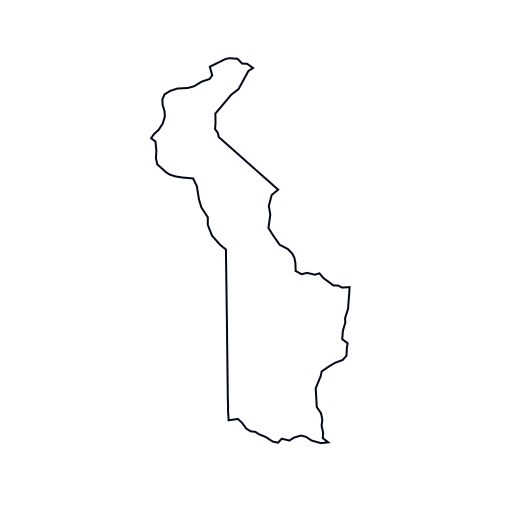 Tuparetama, Pernambuco, Brazil (Mercator projection), rotated 218°
{"feature_id": "56859067B75431744769598", "entity_name": "Tuparetama", "entity_type": "district", "adm_level": 2, "iso_a3": "BRA", "parent_name": "Brazil", "parent_adm1": "Pernambuco", "projection": "mercator", "projection_center": [-37.256, -7.697], "detail": "fine", "context": "isolated", "style": "outline", "palette": "ink", "viewbox_px": 512, "rotation_deg": 218, "n_neighbors": 0, "source": "geoboundaries", "source_scale": "gbopen_adm2", "svg_char_len": 1528}
<svg xmlns="http://www.w3.org/2000/svg" viewBox="0 0 512 512"><g transform="rotate(218 256 256)"><path d="M408.9,376.7L401.7,371.4L401.6,366.9L406.2,359.8L409.4,351.4L413.2,346.4L421.1,339.5L425.2,333.4L427.6,327.2L426.1,321.6L422.4,317.4L417.1,313.7L413.6,309.7L411.0,302.8L410.4,295.5L411.4,289.4L411.2,284.2L405.7,284.3L399.2,277.5L395.1,271.5L390.2,267.4L383.4,267.0L378.7,266.6L374.3,267.0L368.7,269.0L362.4,272.5L353.3,278.4L345.6,274.6L335.7,265.4L328.9,260.6L317.8,256.8L313.1,250.8L303.1,244.9L291.0,242.7L283.7,242.6L237.9,185.6L190.6,126.5L185.8,120.8L182.5,116.5L176.4,109.7L169.9,116.5L164.0,115.9L157.6,114.0L152.4,114.5L148.3,117.0L143.6,117.4L137.3,119.3L128.5,120.1L123.7,122.4L123.2,127.9L116.1,131.1L114.2,136.4L109.9,142.3L105.2,144.3L98.6,144.8L89.6,148.5L84.4,153.6L91.2,153.6L94.3,158.1L99.8,162.6L102.9,167.8L107.9,172.1L115.1,174.4L127.5,188.5L131.1,201.3L133.2,205.4L130.5,213.9L128.0,220.4L123.7,227.4L123.3,233.1L128.0,239.8L130.1,243.7L136.8,243.5L141.4,250.4L144.7,258.6L147.5,261.8L151.0,271.1L159.4,283.7L163.1,289.1L168.7,284.1L173.2,283.2L176.8,280.5L189.4,280.1L195.3,281.4L198.1,277.5L205.5,274.1L208.7,269.8L215.5,268.6L220.7,274.8L224.6,278.2L228.8,280.2L235.3,281.1L244.2,279.4L255.0,282.7L263.4,285.7L270.2,297.4L276.7,303.3L281.2,313.7L279.4,321.9L358.6,326.8L361.9,329.5L366.4,330.8L369.8,335.9L375.7,343.2L374.8,367.9L372.5,376.7L375.9,397.2L374.1,402.3L381.3,402.0L385.4,399.1L392.0,400.0L398.6,395.6L401.3,392.5L408.9,376.7Z" fill="none" stroke="#020617" stroke-width="2"/></g></svg>